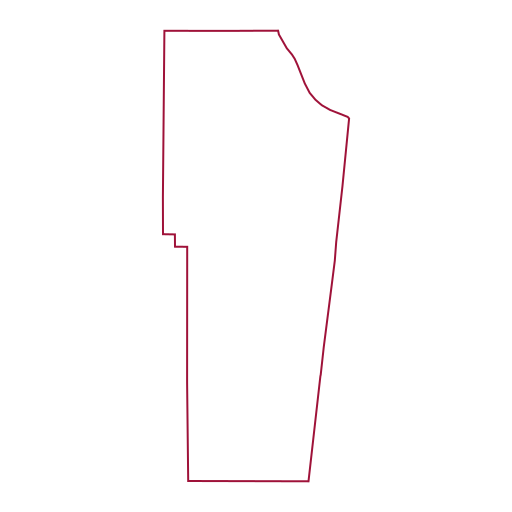 the district of Tishomingo, Mississippi, United States of America
{"feature_id": "52423323B71362276548625", "entity_name": "Tishomingo", "entity_type": "district", "adm_level": 2, "iso_a3": "USA", "parent_name": "United States of America", "parent_adm1": "Mississippi", "projection": "mercator", "projection_center": [-88.206, 34.729], "detail": "fine", "context": "isolated", "style": "outline", "palette": "rose", "viewbox_px": 512, "rotation_deg": 0, "n_neighbors": 0, "source": "geoboundaries", "source_scale": "gbopen_adm2", "svg_char_len": 522}
<svg xmlns="http://www.w3.org/2000/svg" viewBox="0 0 512 512"><path d="M164.4,30.8L162.9,197.1L163.0,234.2L174.9,234.4L175.0,246.7L187.2,246.8L187.1,382.3L188.2,481.0L308.5,481.3L319.8,381.3L320.4,376.1L320.7,374.9L323.8,346.7L331.7,285.2L334.8,260.7L336.2,242.1L342.4,186.8L349.1,118.5L347.7,116.9L330.2,110.0L322.1,105.4L320.0,103.7L315.4,99.7L309.7,92.9L304.8,83.5L297.5,65.0L294.7,58.8L292.0,54.6L286.8,48.3L278.9,34.5L278.1,30.7L240.7,30.8L237.7,30.9L164.4,30.8Z" fill="none" stroke="#9f1239" stroke-width="2"/></svg>